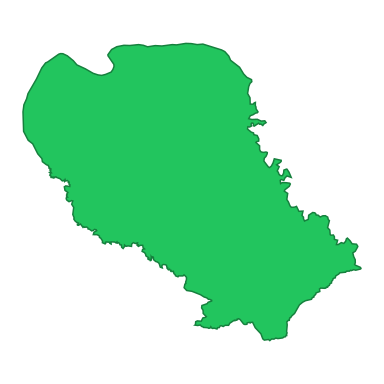 Nong Bua Rawe, Chaiyaphum, Thailand
{"feature_id": "78962969B25031101148047", "entity_name": "Nong Bua Rawe", "entity_type": "district", "adm_level": 2, "iso_a3": "THA", "parent_name": "Thailand", "parent_adm1": "Chaiyaphum", "projection": "mercator", "projection_center": [101.656, 15.825], "detail": "fine", "context": "isolated", "style": "filled", "palette": "green", "viewbox_px": 384, "rotation_deg": 0, "n_neighbors": 0, "source": "geoboundaries", "source_scale": "gbopen_adm2", "svg_char_len": 5973}
<svg xmlns="http://www.w3.org/2000/svg" viewBox="0 0 384 384"><path d="M243.6,73.9L239.6,67.3L230.6,60.3L228.8,56.1L224.8,51.6L221.5,49.9L202.9,44.1L197.2,44.6L191.3,43.6L185.8,43.4L176.5,44.9L172.3,44.6L161.9,46.0L155.2,45.6L147.6,46.8L143.4,45.3L138.6,44.6L129.8,45.5L123.9,45.3L116.8,46.7L111.6,49.5L107.9,54.7L108.0,55.8L113.9,64.4L114.0,66.5L112.9,69.5L111.1,72.1L105.6,74.4L101.7,75.4L98.0,74.9L93.1,73.3L85.3,68.8L76.9,64.9L73.3,60.7L67.3,55.8L62.9,53.7L60.5,53.6L58.7,54.2L47.6,62.0L45.6,62.9L41.8,67.9L36.4,79.1L28.0,93.6L26.6,98.8L23.9,104.8L23.0,111.8L23.6,131.4L28.2,140.3L32.7,143.8L37.8,153.9L41.9,158.6L42.4,161.7L46.5,164.8L48.1,165.3L49.1,167.3L48.9,168.0L50.9,168.9L50.8,169.7L50.4,169.0L49.9,169.9L50.6,170.1L50.3,171.3L51.3,172.7L49.9,172.7L50.7,173.4L49.9,175.0L50.5,175.2L50.3,175.7L51.0,176.3L51.0,177.1L51.4,176.9L51.8,177.5L52.8,177.1L52.7,177.7L53.5,178.0L54.8,177.6L55.0,176.9L56.1,176.9L56.7,177.5L60.0,178.7L62.3,180.9L63.9,180.3L64.4,181.3L65.1,179.6L65.7,181.0L67.3,180.5L68.6,181.7L68.4,182.3L69.1,182.3L69.0,184.1L69.9,184.7L69.8,186.5L65.8,185.9L64.3,186.8L65.0,190.4L67.9,192.5L66.7,194.2L67.2,194.7L66.6,195.6L67.5,197.1L66.5,197.1L66.2,198.8L66.9,200.2L69.0,201.7L71.6,200.6L72.8,200.9L71.7,204.3L73.7,207.4L72.8,214.5L74.2,218.0L73.8,219.0L74.9,220.8L76.5,222.2L78.5,223.0L77.9,224.5L77.4,224.4L77.5,225.1L78.5,225.3L80.5,224.0L83.0,227.4L83.7,226.7L84.5,227.3L86.7,227.0L88.1,228.2L88.1,229.0L89.4,229.2L91.7,230.9L93.5,230.3L94.4,229.4L96.2,229.7L96.7,230.7L94.0,232.2L93.3,234.6L97.2,234.7L99.4,236.0L99.5,237.5L100.6,238.0L102.5,240.9L102.4,242.7L105.1,243.9L105.7,243.3L105.5,242.3L106.1,242.0L109.3,242.2L109.8,243.3L111.1,244.0L111.0,241.9L114.6,242.0L116.2,243.0L117.0,241.8L117.6,243.1L118.6,242.7L119.3,243.3L120.1,244.9L121.4,244.9L121.6,247.2L123.1,248.5L124.6,246.4L124.6,245.1L126.0,246.3L128.2,245.9L131.5,246.4L131.7,244.0L133.4,242.6L135.3,243.5L137.5,242.9L137.0,244.7L138.3,244.8L138.5,245.7L137.8,245.8L138.4,246.4L140.4,245.3L142.7,245.3L143.1,247.6L144.5,248.9L142.6,249.4L142.1,251.4L144.4,252.5L145.4,253.8L146.0,256.0L148.5,257.6L147.9,258.6L148.1,259.3L149.0,259.6L149.7,259.2L150.2,260.6L150.7,260.6L151.3,260.0L151.2,256.5L152.0,257.7L152.3,256.8L152.9,256.8L153.4,257.4L153.6,259.7L155.7,261.5L157.6,262.1L159.1,263.4L160.3,267.2L162.3,267.9L161.8,266.0L162.1,265.3L163.1,264.5L165.4,264.7L166.5,265.3L166.8,267.0L167.6,267.8L167.1,268.2L168.4,269.8L169.6,269.2L170.7,271.1L171.2,270.6L171.9,271.6L173.4,271.3L174.0,273.7L175.1,274.5L175.5,275.8L178.0,276.8L178.6,275.9L183.0,275.9L184.0,274.9L185.4,276.1L186.5,277.4L186.4,279.8L185.6,282.2L185.9,283.3L184.9,284.1L184.1,287.7L186.7,290.5L191.9,291.3L200.5,294.7L204.1,297.0L206.7,297.8L208.4,299.3L209.9,299.4L211.7,300.3L211.6,301.1L208.2,302.2L207.1,303.7L201.9,305.5L201.6,307.9L203.1,310.4L203.2,313.5L206.3,316.6L205.4,317.4L202.9,317.9L201.2,321.2L197.3,320.9L195.7,321.7L195.4,324.7L194.9,325.1L197.7,325.5L200.4,325.0L201.5,326.4L202.8,326.7L203.4,327.4L207.4,327.7L208.9,328.3L210.1,328.0L210.8,326.7L211.6,328.0L212.8,328.5L214.0,328.1L217.0,329.0L217.5,327.7L219.2,327.6L220.2,325.9L221.3,325.7L223.2,326.5L225.1,325.3L228.6,325.3L229.8,323.2L234.2,320.3L234.8,320.7L235.0,320.2L236.8,320.2L237.0,319.3L237.8,319.4L238.2,318.7L238.9,318.8L240.1,319.5L243.6,324.0L244.9,324.5L246.9,324.3L247.2,322.8L249.5,322.4L250.1,323.0L250.8,322.4L252.6,322.3L255.2,327.7L260.9,333.8L262.8,338.9L264.3,340.1L268.5,339.5L269.8,340.6L271.6,339.0L274.0,339.1L275.8,338.1L277.9,338.6L282.8,337.9L283.7,337.1L285.5,336.7L286.1,335.3L286.7,335.4L286.6,333.7L287.1,333.0L286.6,331.6L287.2,324.9L286.8,321.9L288.5,320.2L289.3,320.3L289.7,317.9L290.7,317.6L291.7,316.0L294.6,313.4L299.4,304.9L302.7,302.2L305.5,300.7L311.5,299.3L312.2,297.8L313.9,297.0L313.7,296.4L315.7,294.3L316.1,292.9L319.8,291.5L319.5,288.9L320.7,288.1L324.4,288.3L325.8,288.1L326.5,287.1L327.6,287.2L327.9,286.3L329.4,285.3L330.0,283.7L331.5,283.0L331.6,281.5L332.9,279.8L332.9,279.0L334.0,278.1L335.2,277.9L335.8,275.8L338.7,274.1L339.8,272.8L345.6,272.2L346.6,271.2L349.6,271.1L350.4,270.3L351.4,270.6L353.7,269.7L355.7,270.2L360.6,269.0L361.0,268.3L360.3,267.3L355.4,265.2L354.6,264.3L355.3,262.9L355.2,259.7L353.7,256.6L352.8,252.9L355.3,251.2L357.6,247.0L357.8,246.3L356.5,244.2L352.1,243.8L350.0,240.7L347.4,238.1L346.4,238.8L345.7,241.2L343.8,243.4L341.3,242.6L338.1,244.6L336.4,244.6L337.6,240.2L334.4,239.4L334.4,236.7L333.4,235.0L331.0,235.2L330.2,234.6L329.8,230.1L327.6,227.6L329.4,220.6L328.3,219.6L327.7,217.1L325.3,215.7L322.8,215.8L320.2,217.0L318.0,215.1L316.2,215.1L315.6,213.5L314.7,212.8L312.7,212.5L308.7,215.2L308.3,219.4L304.5,221.0L303.5,218.8L303.5,217.2L302.0,215.5L303.0,211.1L298.9,211.3L296.5,206.4L294.3,207.2L291.3,207.3L289.9,205.7L288.5,202.1L286.8,199.5L287.7,193.4L284.3,191.2L285.0,189.7L289.3,186.3L290.3,184.0L289.7,183.2L286.1,182.7L282.3,182.6L280.6,183.6L280.2,180.4L281.2,179.5L283.8,180.4L285.1,177.7L287.0,176.0L291.2,177.4L289.0,172.2L287.0,169.2L286.4,169.1L283.9,170.1L283.6,173.1L282.5,175.5L281.8,175.8L280.2,175.4L279.0,174.3L278.3,172.3L277.2,171.0L279.2,166.7L276.6,164.8L280.4,162.3L281.2,161.3L281.2,160.3L274.3,158.8L273.1,162.8L271.3,166.2L269.4,167.6L268.4,167.0L263.9,161.1L264.3,158.2L266.0,156.4L267.2,153.8L267.3,152.5L266.0,152.0L263.6,152.4L261.3,152.0L260.4,151.2L259.6,149.5L259.6,145.8L255.9,142.5L256.5,141.7L258.7,141.1L258.8,138.9L257.2,135.5L253.9,134.7L253.5,132.9L251.2,132.1L247.5,129.1L247.9,126.7L249.7,127.0L251.3,126.1L251.1,123.9L252.0,122.9L253.1,123.3L253.5,124.4L253.2,125.7L254.3,126.1L258.6,123.2L259.5,124.2L260.9,124.1L262.8,125.5L263.9,124.0L266.1,122.6L264.8,120.8L261.2,121.1L257.3,119.3L251.9,119.5L248.7,118.7L250.3,115.7L253.1,114.7L255.7,113.0L257.1,112.9L258.0,111.9L256.0,108.7L256.0,107.1L255.3,105.4L255.4,102.4L254.3,102.8L253.1,104.2L250.2,104.1L250.0,97.8L247.6,93.5L248.7,86.6L250.0,83.4L251.8,81.7L251.5,79.6L246.8,77.3L243.6,73.9Z" fill="#22c55e" stroke="#15803d" stroke-width="1.5"/></svg>